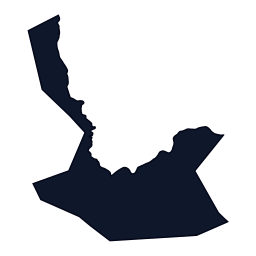 outline of Chinda, Santa Bárbara, Honduras
{"feature_id": "27666195B5560017961245", "entity_name": "Chinda", "entity_type": "district", "adm_level": 2, "iso_a3": "HND", "parent_name": "Honduras", "parent_adm1": "Santa Bárbara", "projection": "mercator", "projection_center": [-88.15, 15.16], "detail": "fine", "context": "isolated", "style": "filled", "palette": "ink", "viewbox_px": 256, "rotation_deg": 0, "n_neighbors": 0, "source": "geoboundaries", "source_scale": "gbopen_adm2", "svg_char_len": 5585}
<svg xmlns="http://www.w3.org/2000/svg" viewBox="0 0 256 256"><path d="M223.4,135.1L223.1,135.0L222.7,135.1L222.3,135.2L222.0,135.3L221.6,135.3L221.2,135.3L220.7,135.3L220.4,135.3L220.2,135.2L219.1,134.9L218.3,134.8L217.4,134.6L216.5,134.4L215.4,134.1L215.0,134.0L214.5,133.8L214.3,133.7L214.2,133.6L213.8,133.4L213.5,133.2L213.0,132.9L212.6,132.5L212.4,132.4L211.9,132.0L211.7,131.8L211.2,131.3L211.1,131.2L210.8,130.9L210.5,130.6L210.3,130.2L210.0,129.8L209.7,129.5L209.4,129.2L209.0,128.8L208.8,128.6L208.5,128.3L208.1,128.0L207.7,127.7L207.3,127.4L206.9,127.2L206.6,127.1L206.3,127.0L206.0,126.9L205.8,126.9L205.5,126.9L205.2,126.8L204.7,126.9L203.7,127.0L203.1,127.1L202.5,127.2L201.3,127.4L199.3,127.9L198.8,128.0L198.3,128.2L198.0,128.4L197.3,128.8L197.0,128.9L196.5,129.1L196.2,129.2L195.7,129.4L195.2,129.5L194.9,129.5L194.5,129.5L193.1,129.4L191.0,129.3L188.9,129.1L188.4,129.1L188.2,129.1L187.9,129.1L187.6,129.2L187.1,129.3L186.6,129.4L186.2,129.6L185.9,129.8L185.5,130.0L185.2,130.1L184.7,130.4L184.1,130.6L183.7,130.8L182.2,131.2L181.9,131.3L181.5,131.4L181.2,131.5L180.9,131.5L180.4,131.5L180.2,131.5L179.9,131.6L179.7,131.8L179.4,132.1L178.5,133.0L178.4,133.1L178.2,133.4L178.1,133.5L178.0,133.8L177.9,134.1L177.7,134.3L177.4,134.5L176.9,134.7L176.5,135.0L175.7,135.6L175.3,135.8L175.0,136.1L174.8,136.3L174.6,136.5L174.4,136.7L174.3,136.9L174.1,137.1L173.9,137.4L173.8,137.6L173.7,137.8L173.6,138.1L173.5,138.4L173.5,138.6L173.5,139.0L173.6,139.6L173.7,140.2L173.8,140.7L174.0,141.5L174.1,141.9L174.1,142.3L174.2,142.6L174.2,143.0L174.1,143.6L174.1,144.1L173.9,144.8L173.8,145.3L173.6,145.9L173.2,146.9L173.0,147.7L172.8,148.2L172.6,149.0L172.5,149.5L172.3,149.9L172.2,150.2L172.0,150.5L171.8,150.9L171.6,151.3L171.3,151.7L171.1,151.9L170.9,152.1L170.6,152.3L170.4,152.5L170.1,152.7L169.8,152.8L169.5,152.9L169.1,153.0L168.8,153.0L168.5,153.0L168.2,153.0L167.7,152.9L167.3,152.8L167.1,152.6L166.9,152.5L166.5,152.3L166.3,152.2L165.9,152.0L165.5,151.9L164.8,151.6L164.1,151.3L163.7,151.2L163.3,151.1L163.1,151.1L162.9,151.1L162.7,151.1L162.1,151.2L161.7,151.3L161.3,151.4L160.8,151.7L160.4,151.8L160.2,152.0L159.8,152.2L159.7,152.3L159.5,152.6L159.4,152.8L159.1,153.3L158.9,153.7L158.6,154.4L158.1,155.1L157.8,155.5L157.0,156.6L156.6,157.1L156.2,157.5L155.6,158.1L155.4,158.3L155.2,158.4L155.1,158.5L154.8,158.7L154.3,158.9L154.0,159.0L153.7,159.2L153.5,159.4L153.0,159.8L152.3,160.4L151.9,160.7L151.2,161.3L150.9,161.5L150.3,161.9L150.0,162.1L149.5,162.3L149.2,162.5L148.8,162.7L148.3,162.9L147.0,163.4L146.2,163.7L143.3,165.1L139.0,167.0L138.3,167.3L138.1,167.4L138.0,167.5L137.5,168.5L137.3,168.9L137.0,169.7L136.6,170.5L136.5,170.8L136.2,171.3L135.9,171.9L135.5,172.5L135.3,172.8L135.1,173.0L134.9,173.2L134.6,173.4L134.0,173.6L133.6,173.7L133.1,173.9L132.9,173.9L132.6,174.0L132.4,174.0L132.1,174.0L131.9,173.9L131.6,173.7L131.4,173.6L131.2,173.4L131.0,173.2L130.8,173.0L130.6,172.7L130.3,172.3L130.2,172.0L130.0,171.7L129.8,171.2L129.7,171.0L129.6,170.7L129.4,170.4L129.1,170.0L128.8,169.6L128.5,169.3L128.1,168.9L127.8,168.7L127.5,168.5L127.0,168.2L126.6,168.0L126.2,167.8L125.9,167.7L125.7,167.7L125.2,167.6L124.7,167.5L124.4,167.6L124.1,167.6L123.9,167.6L123.6,167.7L123.2,167.8L122.8,168.0L122.1,168.3L121.5,168.6L120.7,169.1L118.9,170.2L118.0,170.8L117.0,171.5L116.4,171.9L115.9,172.3L115.3,172.8L114.5,173.5L114.1,173.8L111.7,176.0L110.4,174.6L110.3,173.7L110.0,172.5L108.2,170.8L107.1,170.2L105.2,169.0L103.9,168.4L102.0,167.8L100.3,166.9L99.5,165.8L99.2,165.0L99.1,164.1L98.6,162.1L97.8,161.4L97.4,161.0L97.1,160.2L96.5,159.5L95.2,159.2L93.6,158.7L92.4,157.8L91.7,157.3L90.8,156.6L90.6,155.4L90.8,155.1L90.9,154.2L90.0,152.7L88.7,151.6L88.2,150.8L88.2,150.0L88.9,148.5L89.9,147.5L90.9,146.6L91.5,145.9L91.8,144.4L91.6,143.6L91.7,142.5L91.8,142.0L91.8,141.3L91.0,140.1L91.2,138.9L91.6,138.1L91.8,137.4L91.3,137.1L91.1,137.1L90.2,136.9L89.7,136.7L89.5,136.2L90.0,135.7L91.2,135.6L92.1,135.4L92.6,134.6L92.6,134.1L92.7,133.4L92.5,132.8L91.8,132.5L91.1,132.2L90.7,131.4L90.8,130.5L91.3,130.0L92.4,129.4L93.6,128.9L94.3,128.7L94.8,128.4L95.2,127.8L95.0,127.0L94.7,126.9L94.3,126.9L93.3,127.0L92.5,126.8L91.8,125.9L91.5,124.7L91.6,123.7L91.0,122.8L90.3,122.2L89.1,121.2L87.9,120.3L86.9,119.4L86.1,118.9L85.7,118.1L85.7,116.0L85.4,115.6L84.2,115.2L83.7,115.1L82.9,114.9L82.1,114.4L81.7,114.1L81.4,113.4L81.4,112.7L81.1,111.5L81.0,109.7L80.8,108.8L81.0,107.9L81.2,107.1L81.2,106.3L81.3,105.3L82.0,104.4L82.9,103.8L83.5,103.5L83.7,102.4L83.3,101.7L82.6,101.2L80.7,100.8L78.0,101.1L77.2,101.2L76.0,100.7L74.5,99.7L73.2,98.9L71.0,98.0L70.3,97.7L69.5,96.3L69.4,95.4L68.8,93.8L68.2,91.6L67.4,89.3L67.0,87.9L66.8,87.4L66.7,86.0L67.4,85.0L67.9,84.0L68.1,82.5L67.9,80.0L67.7,77.5L67.5,76.3L67.0,75.1L66.5,73.7L66.6,72.9L67.1,72.1L67.3,71.4L67.4,70.6L67.0,69.4L65.5,66.6L63.4,63.5L62.1,61.3L60.1,58.5L59.5,57.4L59.1,56.0L58.8,54.5L58.6,53.1L58.3,51.8L57.9,50.7L57.5,49.5L57.2,48.5L56.9,47.0L56.7,45.3L56.6,43.8L56.6,42.2L57.4,40.8L58.3,38.7L58.8,37.5L58.9,35.8L59.3,33.8L59.4,32.2L59.2,30.4L58.9,28.9L58.8,27.2L58.8,25.9L58.3,25.1L57.2,22.9L57.3,22.7L57.4,22.4L57.5,22.2L57.8,21.8L58.3,21.3L58.5,21.1L58.8,20.7L59.1,20.2L59.2,19.9L59.3,19.7L59.4,19.3L59.4,19.0L59.4,18.9L59.4,18.7L59.3,18.3L59.3,18.0L59.1,17.4L59.0,17.1L58.9,16.8L58.7,16.4L58.5,15.8L58.4,15.6L58.3,15.4L28.4,30.7L42.3,89.4L70.1,116.0L85.2,132.5L68.9,170.9L33.2,183.7L40.9,199.5L79.4,216.5L91.0,226.1L110.0,240.6L196.7,235.2L227.6,221.7L227.2,221.3L225.7,219.9L224.1,218.5L222.9,217.3L221.7,216.1L219.9,214.4L218.2,212.6L194.6,170.9L223.4,135.1Z" fill="#0f172a" stroke="#020617" stroke-width="1.5"/></svg>